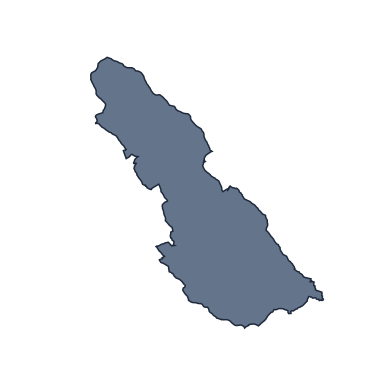 Licurici, Gorj, Romania, rotated 330°
{"feature_id": "2599482B7592331780028", "entity_name": "Licurici", "entity_type": "district", "adm_level": 2, "iso_a3": "ROU", "parent_name": "Romania", "parent_adm1": "Gorj", "projection": "equal_earth", "projection_center": [23.618, 44.895], "detail": "fine", "context": "isolated", "style": "filled", "palette": "slate", "viewbox_px": 384, "rotation_deg": 330, "n_neighbors": 0, "source": "geoboundaries", "source_scale": "gbopen_adm2", "svg_char_len": 6091}
<svg xmlns="http://www.w3.org/2000/svg" viewBox="0 0 384 384"><g transform="rotate(330 192 192)"><path d="M244.8,314.7L244.4,314.5L243.1,313.0L242.7,311.6L241.9,310.2L242.4,309.7L242.8,309.7L242.8,309.2L242.6,309.2L243.2,307.9L242.9,306.3L243.0,304.6L242.5,302.9L242.3,301.3L241.6,300.3L241.4,299.4L241.8,294.9L240.0,292.2L239.6,291.1L239.5,287.0L239.6,285.8L240.5,284.2L240.2,282.2L240.4,280.7L239.3,279.1L238.9,276.3L238.9,274.3L239.1,273.6L238.8,272.8L238.6,270.9L238.3,270.0L238.0,266.3L237.7,264.4L237.0,262.2L238.3,260.6L240.5,259.0L241.3,258.0L241.8,256.9L241.7,256.3L243.1,254.1L243.0,252.1L243.4,250.4L244.0,248.9L242.1,246.4L241.4,242.4L240.7,240.7L240.9,239.1L240.3,237.4L239.8,234.7L238.0,231.4L237.6,229.5L233.8,224.2L233.9,222.5L233.7,220.6L234.1,219.7L233.8,218.6L233.8,217.2L233.3,216.5L233.1,215.5L233.4,214.3L233.4,213.3L232.5,211.0L231.3,210.7L230.9,209.9L229.2,208.5L228.2,206.6L228.0,205.9L227.3,206.1L225.6,207.6L225.0,207.8L225.4,207.1L224.0,207.9L224.2,207.4L224.1,207.0L218.8,207.1L218.9,205.2L220.1,202.4L220.3,199.4L220.6,197.0L220.6,195.5L218.9,192.4L218.8,191.4L217.6,189.8L216.9,188.3L216.5,187.3L216.4,185.9L216.0,185.1L215.7,183.9L215.0,183.1L214.7,181.6L214.0,180.0L214.0,177.7L214.4,174.5L216.1,173.2L216.7,171.9L216.9,171.8L217.4,172.3L218.8,172.2L218.1,170.6L218.7,170.4L219.5,168.9L222.4,167.1L228.7,166.6L229.7,166.9L229.5,166.2L228.8,165.6L228.6,164.4L229.2,163.1L229.2,161.3L229.6,159.9L229.4,158.8L229.9,155.7L229.5,154.1L230.1,150.0L231.1,148.2L231.7,146.3L231.3,144.1L231.4,143.3L231.4,141.7L229.2,137.8L228.2,134.6L227.3,129.7L227.3,128.3L228.5,125.7L228.1,123.5L227.7,122.4L224.0,119.6L221.7,116.1L220.4,114.7L219.9,113.5L219.4,111.7L219.7,110.9L219.6,109.1L215.8,105.5L215.6,100.6L214.8,98.0L214.3,95.5L212.9,92.0L212.5,91.6L209.8,90.3L209.1,89.8L207.8,87.7L207.3,84.0L207.6,80.6L207.3,79.1L207.3,77.5L207.0,76.2L207.0,75.1L207.3,73.3L207.2,71.3L208.1,67.2L207.8,63.9L206.9,61.8L205.7,60.3L204.0,59.1L203.7,58.5L203.4,56.2L202.1,54.4L198.1,52.0L197.0,50.6L196.0,48.8L196.1,47.5L195.6,45.9L193.7,43.9L192.8,42.2L191.5,40.6L190.4,39.7L189.2,37.9L188.7,36.3L185.8,32.9L183.1,33.2L178.7,32.9L175.0,33.8L172.7,36.8L169.7,38.5L169.0,38.7L164.8,38.6L163.9,39.0L162.8,40.1L161.5,42.7L160.6,43.9L160.2,48.6L160.3,49.8L160.0,50.9L160.0,54.3L159.8,55.7L159.1,57.4L158.2,58.6L157.9,60.2L158.8,64.1L159.8,66.1L159.8,66.8L160.9,70.8L161.1,71.8L160.8,73.4L159.3,74.9L157.4,76.5L156.2,76.8L154.3,78.7L150.4,77.8L147.8,77.5L146.7,77.8L146.2,78.2L145.9,79.2L146.1,80.4L145.6,82.8L144.3,83.8L143.1,84.0L142.8,84.5L144.2,85.1L145.4,86.3L146.4,90.7L147.7,92.8L148.5,95.1L150.3,98.8L151.6,100.2L152.0,101.7L152.8,103.1L153.6,104.0L154.4,105.6L154.6,107.8L154.6,110.6L155.1,112.7L155.0,114.6L156.0,118.3L156.0,120.6L156.2,122.3L155.3,122.4L154.4,122.0L153.2,121.9L151.7,130.2L155.3,130.2L157.6,129.3L158.6,129.3L159.1,129.5L159.4,130.6L160.5,132.5L162.9,134.3L160.1,134.8L158.5,135.4L157.5,136.5L155.9,137.6L155.8,138.0L156.1,138.0L156.7,139.0L157.8,138.8L158.0,139.3L155.0,141.0L154.4,141.6L154.4,142.0L153.5,142.7L153.4,144.6L153.0,146.1L153.5,148.0L152.8,149.8L153.0,152.0L152.9,153.0L153.4,155.2L153.6,157.7L153.1,160.5L154.3,162.5L155.0,162.8L154.7,163.2L154.7,163.8L155.2,164.1L155.4,165.1L155.1,165.7L155.6,166.5L156.8,168.5L157.9,169.5L158.5,169.3L158.6,168.8L167.1,168.6L166.8,171.4L166.2,174.7L165.3,176.2L165.7,177.9L165.8,180.7L165.5,182.9L166.4,186.3L166.1,187.7L163.4,187.3L160.2,188.1L159.0,189.5L158.7,190.8L158.1,191.8L158.0,193.5L156.5,197.8L156.3,200.4L155.6,202.2L154.8,203.1L154.6,203.6L155.3,206.5L155.7,209.3L156.6,211.8L157.1,212.7L155.8,216.4L153.6,216.1L152.5,217.8L151.3,219.0L150.6,221.1L151.2,222.1L150.7,223.6L150.9,224.3L151.3,224.8L151.6,226.2L149.5,228.4L149.6,229.0L150.1,229.5L149.3,229.3L148.9,228.8L147.9,228.8L148.1,228.4L147.0,227.3L146.9,225.6L146.3,223.6L143.0,222.6L142.4,222.8L139.4,222.0L136.0,222.0L135.2,221.8L134.8,221.3L133.6,221.2L133.9,222.5L134.1,226.7L134.8,228.6L135.2,231.8L136.0,234.0L133.6,234.0L133.8,234.3L133.1,234.9L129.9,234.3L129.7,234.7L129.8,237.3L130.1,237.9L131.2,239.0L132.9,241.8L133.2,242.7L134.2,243.9L134.2,245.3L133.6,246.4L133.0,248.2L132.6,248.9L132.4,249.8L133.5,251.0L133.9,251.7L134.0,252.5L134.8,253.6L134.5,255.4L135.1,258.2L135.6,259.0L136.8,260.4L137.8,262.0L138.7,265.1L138.8,267.2L139.4,269.2L139.2,270.0L138.7,270.4L137.8,270.8L136.4,270.8L135.0,272.2L134.9,274.0L135.2,277.4L135.9,280.1L135.5,281.9L135.5,283.0L134.9,283.7L134.8,284.1L136.2,286.8L136.9,287.7L138.6,289.0L139.4,289.3L141.7,291.7L144.1,293.3L144.8,294.8L144.8,296.5L145.1,297.6L146.5,298.9L147.7,299.4L147.9,299.7L148.0,301.3L147.3,303.8L147.5,305.4L148.5,307.2L149.0,309.8L150.2,311.9L150.3,313.5L152.4,315.7L153.7,317.4L154.3,317.3L155.1,318.3L157.0,319.2L159.2,320.7L160.7,323.2L160.8,324.5L162.1,328.0L162.8,329.1L163.9,330.0L167.8,331.6L169.3,333.5L169.7,335.1L169.5,336.1L171.6,335.7L174.3,335.9L174.4,335.5L176.1,335.6L179.7,337.3L181.3,339.0L182.6,341.2L186.8,340.2L190.6,339.6L192.2,339.1L195.8,337.1L200.3,335.8L201.6,336.2L202.3,336.1L203.3,335.5L203.9,334.8L204.9,335.1L205.4,335.7L206.8,336.2L208.5,336.3L209.3,336.6L212.5,338.6L213.0,339.6L215.1,341.9L215.5,342.5L215.6,343.1L214.9,344.3L214.9,345.6L217.0,346.7L217.6,345.2L217.9,345.2L218.4,344.6L219.0,344.6L220.3,345.7L223.2,345.4L224.5,345.8L226.0,345.3L228.2,345.8L229.2,345.6L230.3,345.8L231.7,345.6L237.3,344.0L238.6,342.3L239.6,341.9L240.2,341.2L241.0,340.9L241.8,341.7L242.2,342.3L243.0,342.7L243.4,344.2L246.0,345.3L246.4,346.0L246.2,346.7L246.6,347.5L248.2,348.3L248.2,348.9L247.9,349.3L248.0,349.7L249.8,350.0L249.7,350.4L250.3,350.7L250.4,351.0L251.5,351.1L252.0,350.9L252.2,350.2L251.8,348.7L253.0,347.4L252.7,346.3L254.1,344.7L254.0,344.0L254.3,343.6L251.5,340.4L251.2,340.4L250.0,338.4L250.6,337.7L250.8,335.5L251.3,335.4L251.5,334.7L250.8,333.8L251.8,331.8L252.5,331.4L252.7,331.1L252.4,330.6L249.4,328.7L249.7,328.4L251.3,328.9L250.9,327.2L251.6,326.7L246.9,322.3L246.4,321.3L246.1,321.2L246.0,320.4L246.3,319.8L246.0,319.1L246.1,318.7L245.7,317.6L244.7,316.2L244.8,314.7Z" fill="#64748b" stroke="#1e293b" stroke-width="1.5"/></g></svg>